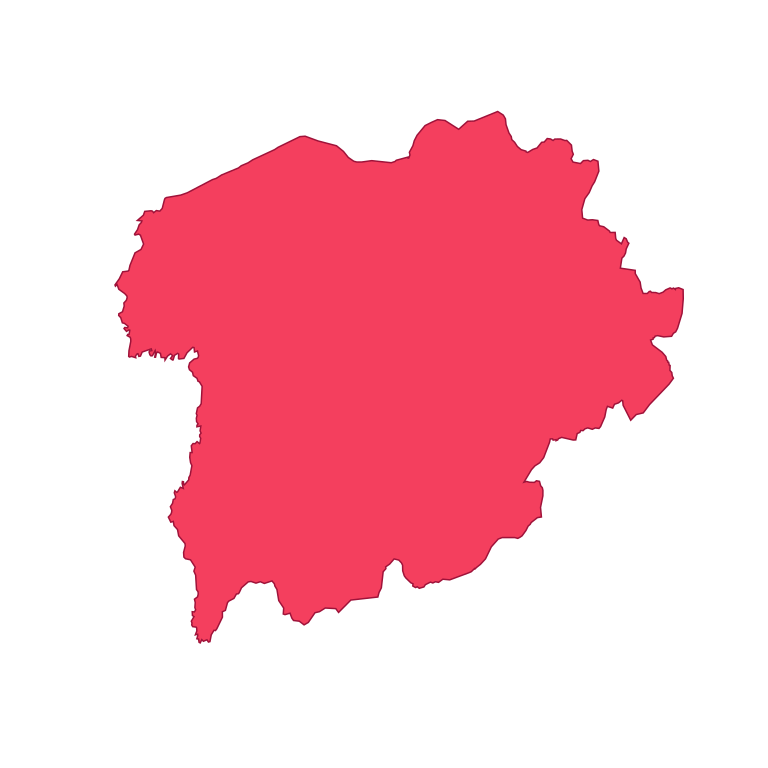 Ngoma, Eastern, Rwanda, rotated 11°
{"feature_id": "39286606B28964371534134", "entity_name": "Ngoma", "entity_type": "district", "adm_level": 2, "iso_a3": "RWA", "parent_name": "Rwanda", "parent_adm1": "Eastern", "projection": "equal_earth", "projection_center": [30.488, -2.198], "detail": "fine", "context": "isolated", "style": "filled", "palette": "rose", "viewbox_px": 768, "rotation_deg": 11, "n_neighbors": 0, "source": "geoboundaries", "source_scale": "gbopen_adm2", "svg_char_len": 6168}
<svg xmlns="http://www.w3.org/2000/svg" viewBox="0 0 768 768"><g transform="rotate(11 384 384)"><path d="M116.2,260.2L115.6,264.2L110.7,270.5L115.2,270.1L115.0,271.7L113.3,274.4L112.6,279.5L110.5,284.5L111.2,285.3L114.6,283.7L116.5,284.4L121.3,292.5L119.8,298.3L114.6,302.7L112.0,316.1L111.9,320.9L111.2,322.0L106.1,323.7L104.1,331.2L101.0,338.1L101.7,339.2L103.0,337.3L105.6,341.6L112.2,344.7L114.8,346.6L115.4,348.2L115.1,351.0L113.2,354.1L114.1,357.1L113.5,363.0L110.3,365.6L110.5,367.4L112.9,369.1L115.5,373.9L117.6,374.0L121.8,376.1L121.6,377.7L118.7,378.0L118.2,379.2L121.2,381.5L123.2,379.6L124.2,379.7L124.3,383.9L123.0,384.2L122.6,385.5L126.0,386.6L126.8,388.2L127.3,390.5L127.3,399.9L128.1,405.6L128.9,406.1L131.0,405.1L135.3,405.6L134.7,403.9L136.0,401.4L136.7,401.2L138.1,403.7L139.6,403.1L140.5,398.8L148.8,393.9L149.7,395.5L147.5,396.4L147.3,397.5L148.6,400.0L149.9,400.9L151.3,400.4L153.0,394.8L153.8,396.5L153.8,401.4L154.6,401.3L154.7,397.5L155.4,395.9L156.2,395.9L158.7,396.6L160.2,400.4L163.9,400.0L164.5,402.3L166.2,397.9L168.7,395.1L171.1,396.5L169.5,399.7L171.8,400.8L172.4,400.6L172.9,395.8L175.6,393.3L176.7,393.8L177.4,398.2L178.0,398.6L182.7,397.1L184.7,390.9L189.2,384.5L190.6,384.5L191.9,388.7L194.6,387.2L195.2,388.5L196.6,391.6L196.5,393.3L195.9,394.4L192.8,395.8L189.2,400.4L188.9,404.5L190.3,407.1L193.8,409.0L195.2,412.2L199.4,414.1L200.9,416.8L202.4,417.1L205.9,421.0L208.3,438.2L207.3,441.0L205.5,443.0L205.4,448.9L206.5,450.4L206.3,453.4L207.2,456.7L209.1,458.6L208.3,460.2L208.5,461.7L212.2,460.2L212.4,465.1L213.8,467.1L212.8,469.1L213.1,470.8L214.4,472.2L214.6,477.0L214.3,477.7L211.5,476.2L210.0,478.6L207.9,478.9L206.6,481.4L208.7,487.9L206.8,488.3L207.3,493.0L209.1,498.1L211.0,500.8L211.1,510.5L210.3,513.0L210.6,515.4L207.3,521.1L206.6,521.0L205.8,518.2L204.7,518.2L204.8,520.1L206.9,524.8L203.8,524.2L201.9,529.4L201.2,529.9L199.1,528.7L198.9,530.8L200.8,534.0L201.0,535.5L200.7,536.6L199.2,537.6L199.2,541.5L197.7,545.2L199.8,548.5L200.0,550.5L199.6,552.6L197.7,555.8L201.1,560.3L203.4,559.1L204.9,563.1L209.1,566.3L211.4,572.2L219.1,578.6L219.8,580.9L219.4,587.6L220.6,592.1L222.5,593.4L227.6,593.5L233.6,599.8L233.1,604.0L235.6,607.6L239.2,621.6L241.1,623.4L241.7,625.6L241.6,628.5L239.0,631.4L240.4,634.5L241.0,639.5L242.2,641.6L241.4,643.9L239.2,644.1L240.1,647.8L241.9,648.6L240.1,653.6L241.1,655.2L241.2,657.2L242.5,658.7L246.0,658.5L246.6,659.1L247.4,662.1L246.7,666.2L248.8,665.2L249.2,666.4L248.9,669.8L250.6,669.8L251.8,672.9L253.0,673.2L253.9,669.7L255.8,671.0L259.0,668.9L260.9,670.8L262.3,670.1L262.3,663.1L264.1,658.2L265.6,658.2L266.6,656.2L269.9,643.7L268.8,638.4L271.5,636.5L272.1,628.4L273.2,626.6L277.6,623.1L279.2,618.3L281.0,617.7L281.6,616.7L283.0,611.2L288.5,604.1L291.2,603.2L296.3,603.9L300.3,601.7L304.6,602.6L311.6,598.7L314.5,601.0L315.4,603.1L318.1,606.1L322.0,616.7L328.3,623.1L329.0,629.0L330.8,629.3L335.5,626.9L338.2,631.4L340.3,633.4L346.1,633.0L351.5,635.7L355.2,632.5L359.9,621.7L364.1,619.8L369.1,615.1L379.5,613.7L383.0,616.9L392.7,602.4L418.6,594.3L418.9,589.6L420.3,584.6L419.0,568.5L421.1,564.9L420.5,563.2L423.9,559.7L427.3,553.8L432.1,554.0L435.2,556.2L436.8,558.3L438.0,563.8L440.5,568.4L442.4,570.2L448.2,574.0L450.6,574.6L450.8,576.8L453.8,577.8L455.3,576.7L457.6,577.8L461.9,575.6L462.9,573.1L467.4,569.6L469.9,570.0L472.2,568.3L475.4,568.3L479.0,564.4L485.9,563.7L503.3,553.1L505.5,551.6L508.1,547.9L508.9,548.8L508.6,548.4L509.6,546.7L513.1,542.6L517.0,536.3L520.4,523.4L525.7,514.4L529.3,512.2L541.7,509.8L544.8,510.0L546.6,508.6L548.5,506.7L551.3,500.7L552.6,496.0L554.3,493.8L554.9,491.9L560.1,485.9L563.9,484.5L561.2,475.3L561.3,463.5L560.3,458.1L559.2,455.6L557.2,454.0L555.2,449.9L552.1,449.9L550.4,451.9L545.4,452.7L542.6,452.4L540.1,453.7L545.1,440.0L547.8,435.5L551.9,431.6L554.8,425.8L557.6,409.8L557.7,406.2L560.0,405.7L560.7,406.8L563.5,405.8L563.7,406.8L565.2,405.8L565.6,404.4L568.6,402.5L580.4,402.9L582.9,402.3L583.1,395.8L585.5,394.1L585.9,392.1L588.3,391.8L589.9,389.6L592.4,388.2L597.1,388.7L599.8,386.8L603.5,386.6L604.7,384.5L607.0,374.2L607.0,366.5L607.6,363.3L613.1,364.0L614.1,359.9L617.8,357.8L620.5,354.6L621.5,354.9L622.8,359.3L633.1,372.5L637.5,365.8L644.0,362.9L648.6,353.5L663.9,329.7L667.0,323.1L665.4,321.0L664.3,317.8L662.1,316.1L661.3,311.2L660.4,311.1L659.3,308.4L658.4,308.4L658.1,307.3L656.9,306.6L655.4,303.3L651.0,299.8L640.0,294.4L637.3,290.0L639.6,288.7L639.5,287.3L640.6,286.8L641.0,285.3L643.4,284.3L649.6,284.4L657.2,282.3L658.4,279.0L660.4,277.1L661.5,273.3L663.1,257.8L661.5,243.2L659.6,234.2L654.9,233.3L651.9,234.6L652.0,235.6L649.9,234.6L648.5,235.6L646.5,235.1L642.6,237.8L640.4,240.6L636.9,242.8L633.2,242.4L629.1,243.1L627.9,242.1L626.7,242.6L625.2,244.9L621.1,245.7L618.0,240.7L616.0,235.1L609.6,227.7L608.9,224.5L593.9,225.2L593.5,215.1L595.2,212.6L596.1,209.3L596.0,205.2L597.5,199.1L596.2,198.4L594.0,195.2L591.8,194.4L590.3,201.1L584.8,198.5L583.7,196.9L582.0,191.1L577.1,192.1L576.2,190.9L569.7,187.7L565.7,187.6L564.5,186.7L562.7,182.7L557.3,183.0L552.7,184.2L547.3,183.3L544.9,175.1L545.8,163.8L548.9,157.0L550.5,149.7L552.2,145.3L554.3,134.0L551.5,124.5L546.8,123.7L544.1,126.2L541.5,125.5L537.1,126.7L534.8,130.1L527.2,130.1L524.7,127.2L526.0,122.4L524.3,119.6L522.4,113.7L516.9,110.0L515.2,110.5L510.6,109.8L504.9,111.0L503.5,112.7L500.8,111.7L497.4,111.9L495.1,115.9L492.6,116.7L489.2,123.1L485.2,125.4L480.9,129.3L479.3,129.1L478.9,128.3L473.9,127.8L469.6,125.4L466.1,121.8L462.8,119.7L461.7,116.8L458.8,113.8L454.3,106.1L452.6,100.5L449.8,97.3L443.6,94.8L422.3,108.7L416.0,110.1L408.7,119.7L393.6,113.7L386.1,114.3L380.7,118.1L375.0,122.5L369.0,133.5L367.3,139.4L366.9,144.6L364.7,151.7L365.8,154.2L365.2,157.4L364.6,157.7L364.2,156.7L353.4,162.0L352.3,163.5L348.9,165.4L329.3,167.1L319.9,170.3L315.0,171.3L311.8,171.1L305.7,168.4L299.8,163.4L291.9,159.2L272.9,158.0L259.3,155.8L254.3,157.2L234.8,171.9L231.9,174.8L212.3,189.0L208.4,192.8L202.2,197.0L199.9,199.7L184.8,209.7L180.0,214.2L176.6,216.1L154.3,233.9L148.3,237.4L134.8,242.5L133.6,243.6L133.3,245.2L132.8,254.0L130.9,257.1L127.4,257.2L125.2,259.8L123.8,258.5L122.3,258.4L116.2,260.2Z" fill="#f43f5e" stroke="#9f1239" stroke-width="1.5"/></g></svg>